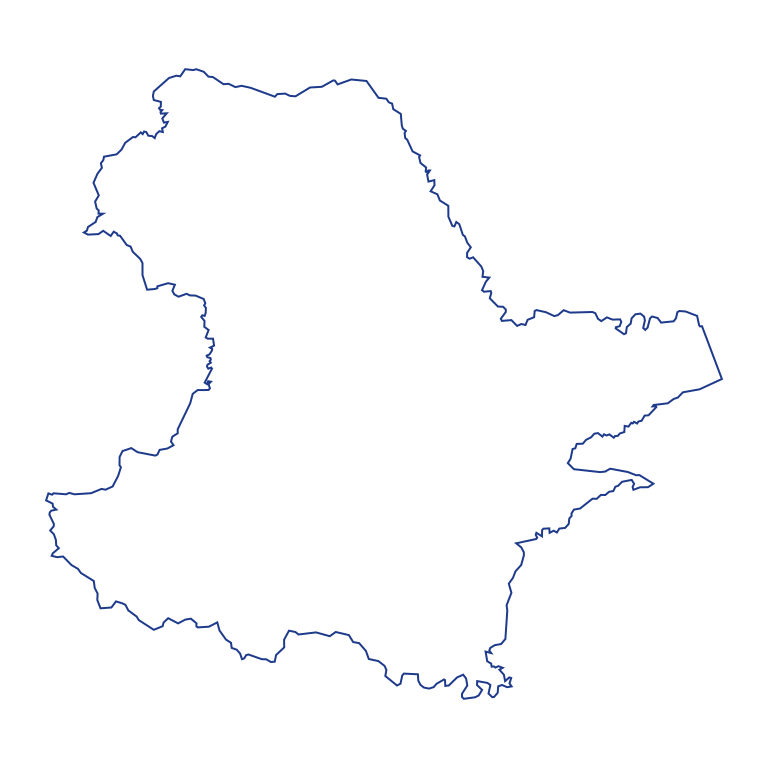 the district of Lérida, Tolima, Colombia
{"feature_id": "7082276B47821274124979", "entity_name": "Lérida", "entity_type": "district", "adm_level": 2, "iso_a3": "COL", "parent_name": "Colombia", "parent_adm1": "Tolima", "projection": "orthographic", "projection_center": [-74.913, 4.869], "detail": "fine", "context": "isolated", "style": "outline", "palette": "blue", "viewbox_px": 768, "rotation_deg": 0, "n_neighbors": 0, "source": "geoboundaries", "source_scale": "gbopen_adm2", "svg_char_len": 6051}
<svg xmlns="http://www.w3.org/2000/svg" viewBox="0 0 768 768"><path d="M511.6,686.4L509.5,683.4L511.2,678.0L509.3,677.4L505.1,681.1L503.9,674.7L499.4,669.7L502.7,667.8L498.4,666.2L495.4,667.6L493.9,666.4L491.7,666.7L491.1,663.6L487.2,661.2L485.6,651.6L491.2,653.1L489.3,650.4L490.3,647.9L494.7,645.2L501.2,644.0L505.4,638.9L507.3,610.4L506.6,605.3L511.4,592.8L508.8,583.7L513.0,577.8L515.5,571.3L521.2,565.0L523.9,555.3L523.8,552.1L521.2,547.3L516.2,543.3L536.2,539.0L537.2,537.7L535.7,534.8L536.4,532.8L542.0,536.3L542.1,530.1L543.4,528.7L549.3,528.4L549.6,532.8L553.7,530.7L556.9,532.5L559.3,528.6L565.1,527.9L568.7,524.0L569.3,518.5L571.6,515.9L571.5,513.4L573.9,509.6L580.1,508.5L592.5,498.7L596.7,498.8L600.9,494.9L605.3,495.0L609.2,491.7L613.3,491.1L615.4,486.7L618.1,485.8L622.0,481.8L631.7,479.9L634.1,483.8L632.6,487.0L633.4,489.8L640.0,487.3L648.0,487.2L653.4,483.7L639.4,475.1L636.1,475.2L627.8,472.0L610.2,468.7L605.1,471.6L600.0,472.1L573.9,469.2L567.8,463.1L570.6,458.7L572.6,449.0L575.3,448.3L576.7,443.9L582.8,443.7L586.1,439.8L591.1,437.3L594.3,433.7L598.0,433.1L602.4,436.6L604.0,434.3L606.5,435.5L609.4,434.4L613.8,437.7L615.1,436.0L617.8,435.9L619.8,433.5L624.3,432.0L624.7,425.9L628.5,426.6L631.3,422.8L632.8,423.4L634.0,421.8L637.1,423.5L638.4,421.5L641.6,420.8L644.6,415.6L648.5,415.3L656.3,407.1L655.9,406.2L652.6,406.4L653.6,405.0L667.8,403.3L673.6,399.0L677.8,397.6L682.9,392.3L699.6,389.3L721.9,379.0L702.0,326.2L700.0,326.4L699.1,325.2L697.1,315.9L685.6,311.5L679.5,311.0L677.4,312.1L676.0,318.2L673.7,321.3L661.1,322.6L657.6,318.0L652.0,316.5L650.0,318.4L647.6,327.6L645.3,329.9L643.2,328.0L644.9,320.4L644.1,316.6L640.4,313.6L635.4,314.3L631.6,318.3L630.7,323.6L626.8,327.1L626.0,333.2L624.0,334.2L615.7,328.4L615.9,327.2L619.7,326.2L621.3,321.9L620.1,319.4L612.5,319.6L606.9,317.4L601.3,321.1L598.0,318.8L595.3,313.2L592.4,312.0L570.0,312.6L563.7,310.2L557.9,315.1L554.3,316.1L545.9,312.2L536.5,310.1L534.7,311.0L534.1,317.2L527.6,319.8L525.5,325.0L521.4,324.0L517.1,325.9L511.4,320.1L501.9,320.9L500.8,318.8L505.8,311.9L505.8,309.5L503.1,306.8L497.9,306.5L489.8,298.3L491.3,292.8L490.7,291.1L484.0,291.7L482.0,290.2L485.9,281.7L489.3,277.6L482.5,276.8L483.2,271.2L481.3,266.5L473.1,257.3L469.7,258.7L467.1,257.2L467.1,252.8L470.8,247.3L467.3,242.7L464.9,236.4L462.9,235.0L459.3,224.2L456.3,222.0L454.4,226.4L452.3,225.8L448.4,216.7L448.3,205.8L439.9,200.5L437.4,194.3L430.6,191.3L434.5,185.3L434.3,180.1L428.5,181.6L427.1,174.7L429.9,170.5L428.4,170.4L426.8,172.3L425.7,171.6L426.1,167.5L420.5,163.0L419.1,157.0L420.1,155.4L412.6,151.4L407.2,139.7L405.2,138.0L404.6,132.9L405.9,130.9L402.8,128.7L401.8,125.4L400.8,113.9L393.3,109.2L392.1,103.6L388.8,102.3L386.3,98.7L378.5,97.8L366.5,81.0L351.3,79.5L337.6,84.4L335.0,80.7L333.3,80.4L321.8,86.8L310.0,87.5L295.5,96.3L290.0,95.9L285.2,93.6L277.3,94.1L274.9,96.7L250.6,87.8L241.6,85.8L235.4,87.1L228.6,83.8L223.5,84.2L213.0,77.1L208.4,76.6L203.8,71.8L196.2,69.2L193.3,70.1L185.2,69.2L180.3,76.3L176.3,75.7L169.0,78.0L153.8,91.5L152.9,96.0L153.8,100.0L160.9,101.9L160.8,106.6L159.0,108.2L160.2,109.9L162.2,110.1L160.5,112.1L160.9,113.6L166.7,113.3L162.3,118.4L163.9,122.6L167.8,121.9L165.4,126.6L162.1,128.3L162.8,132.0L159.3,131.2L156.2,134.1L154.7,138.1L152.2,136.1L148.3,135.7L146.3,132.1L144.1,131.5L142.7,134.1L140.8,132.4L135.5,137.3L133.0,137.0L125.2,142.8L121.5,149.6L116.7,154.3L104.0,156.7L103.3,160.1L100.9,163.3L101.9,167.8L97.5,173.7L93.5,182.8L98.8,195.4L95.1,201.6L96.7,208.6L98.7,210.4L98.5,213.6L103.0,213.7L97.4,217.1L95.6,222.0L88.0,227.0L86.9,230.6L83.9,232.5L88.0,234.6L98.5,234.1L103.2,230.8L110.7,236.0L113.7,231.7L117.0,233.5L117.6,235.3L120.1,235.8L126.7,245.0L130.6,246.6L132.7,251.7L140.2,258.9L142.5,263.1L142.5,275.1L147.1,289.7L154.9,289.0L157.3,288.2L157.4,286.3L168.1,283.2L174.9,284.7L172.4,290.8L174.2,294.3L178.5,296.7L186.6,293.8L189.9,295.4L195.6,295.6L203.7,299.0L205.3,303.4L204.1,305.4L205.9,307.9L205.7,312.7L204.7,315.9L202.3,315.3L201.2,316.9L204.5,320.9L204.3,326.8L208.6,330.0L205.7,337.5L207.8,338.7L213.0,338.7L214.1,345.6L210.0,347.6L212.1,348.7L212.0,350.5L209.5,354.4L206.7,355.6L207.3,357.2L210.5,358.1L210.8,359.7L209.6,361.1L210.8,362.7L207.5,364.7L207.0,366.6L208.3,368.7L211.1,367.5L212.0,368.6L204.7,382.6L207.1,384.2L208.2,381.2L210.9,381.7L208.6,384.0L209.9,388.4L208.5,390.0L197.6,390.1L192.7,393.9L190.2,403.3L177.7,429.3L177.7,433.3L172.3,436.7L171.0,441.5L173.5,445.2L167.4,448.5L159.6,449.9L157.5,454.5L155.3,455.6L137.6,452.2L131.3,448.1L122.5,451.1L119.6,457.0L119.5,465.3L120.9,467.2L118.1,476.0L112.6,486.5L105.5,489.7L101.5,488.9L91.1,493.2L74.5,494.3L69.2,492.9L66.1,494.3L53.6,493.3L52.1,494.7L48.4,493.4L46.1,500.4L52.6,503.6L53.0,506.8L56.3,509.6L51.2,510.7L49.8,512.4L49.4,514.7L53.9,524.0L53.7,526.3L50.2,530.5L53.9,534.3L55.9,539.9L56.2,545.3L58.8,548.2L52.8,553.3L51.7,555.8L57.2,557.2L63.1,556.5L71.5,565.1L78.0,568.9L80.9,573.0L93.8,581.0L94.7,587.9L97.6,593.6L97.3,600.0L100.5,608.3L111.4,607.5L116.0,601.4L122.2,603.3L125.4,604.8L128.3,610.4L136.7,616.6L138.8,620.1L153.8,629.8L162.6,626.2L163.6,622.5L168.2,618.2L178.1,623.4L185.3,619.6L190.9,618.7L196.5,623.3L196.4,626.4L197.7,627.4L208.9,626.7L217.3,622.4L219.5,630.5L226.0,639.6L231.0,642.8L231.7,647.9L236.7,649.7L240.1,653.6L242.0,659.2L244.2,658.4L246.2,655.1L248.5,654.5L261.8,659.2L266.3,659.3L270.8,662.0L274.7,661.7L276.1,655.0L284.2,647.4L284.1,639.7L289.0,630.7L295.4,632.0L298.5,634.5L316.0,632.4L329.8,636.2L335.7,632.0L348.9,635.1L353.2,642.1L359.1,643.1L365.9,650.9L368.8,659.0L378.4,661.1L384.6,665.9L386.4,670.0L385.3,676.0L397.0,685.5L400.5,683.7L402.2,675.6L403.9,673.6L417.9,674.3L418.3,680.7L420.5,684.9L423.8,687.5L429.0,688.6L433.7,687.1L436.5,683.8L444.0,679.5L445.0,680.1L445.3,685.9L448.8,685.5L457.1,677.4L463.2,674.7L466.1,678.5L467.3,685.5L462.0,693.8L462.0,696.9L463.8,698.8L475.0,697.3L478.7,695.5L482.1,689.9L477.0,685.0L477.2,681.1L487.4,682.9L490.4,685.0L488.5,693.5L492.3,697.2L494.1,696.9L497.7,692.8L498.2,686.3L502.0,685.0L507.2,687.2L511.6,686.4Z" fill="none" stroke="#1e3a8a" stroke-width="2"/></svg>